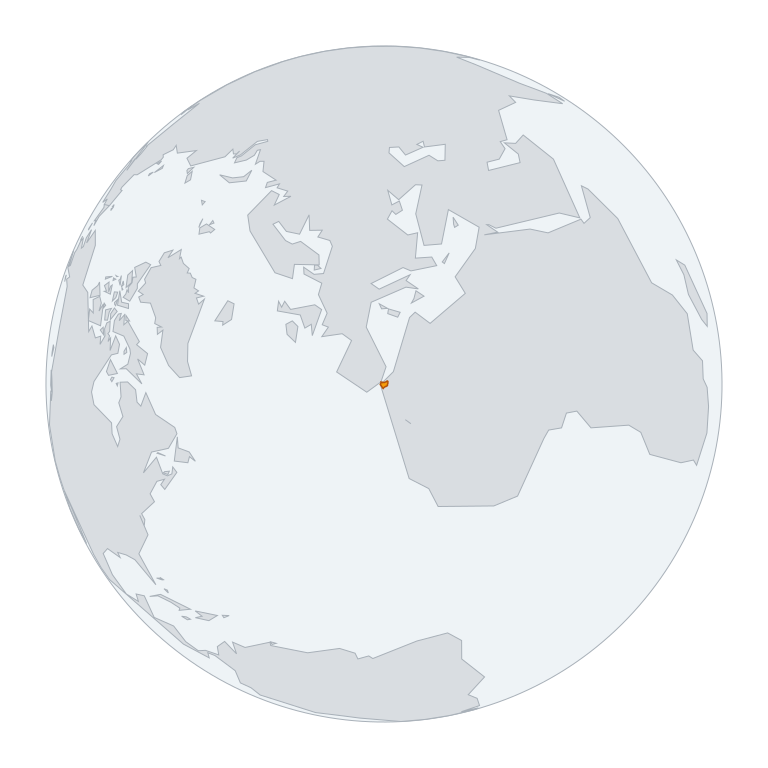 the Earth from above Tanger - Tétouan, rotated 305°
{"feature_id": "MAR-1445", "entity_name": "Tanger - Tétouan", "entity_type": "Region", "adm_level": 1, "iso_a3": "MAR", "parent_name": "Morocco", "parent_adm1": "", "projection": "orthographic", "projection_center": [-5.386, 35.321], "detail": "fine", "context": "on_globe", "style": "filled", "palette": "amber", "viewbox_px": 768, "rotation_deg": 305, "n_neighbors": 0, "source": "natural_earth", "source_scale": "10m", "svg_char_len": 10783}
<svg xmlns="http://www.w3.org/2000/svg" viewBox="0 0 768 768"><g transform="rotate(305 384 384)"><circle cx="384" cy="384" r="338" fill="#eef3f6" stroke="#a8b0b8"/><path d="M117.2,591.4L96.3,555.5L89.2,541.9L75.6,516.4L58.2,460.9L58.9,449.3L56.8,437.8L63.8,426.6L64.6,401.3L62.8,393.8L59.4,397.9L55.9,368.9L58.3,346.7L66.4,271.3L71.3,257.7L77.8,244.0L113.1,183.6L82.7,231.9L90.2,217.3L102.3,197.5L103.0,196.9L121.2,172.5L132.4,158.8L158.7,133.4L187.5,114.8L179.4,121.2L187.3,116.8L198.0,108.8L203.1,104.8L244.7,85.4L282.2,68.5L287.9,63.9L291.4,65.1L298.3,58.0L314.8,53.4L299.9,58.5L301.2,59.1L314.2,55.3L318.3,55.2L327.0,53.6L330.8,54.2L321.8,58.2L324.1,58.9L333.1,56.3L342.7,55.9L329.0,59.5L344.2,59.4L332.0,68.0L292.3,80.5L289.1,88.8L257.6,112.0L264.0,111.5L256.2,121.1L260.7,124.5L253.6,128.7L263.3,127.9L268.9,123.5L275.1,121.9L278.3,123.7L269.7,129.1L266.9,128.9L266.1,131.5L260.5,133.6L265.0,133.6L254.3,140.4L269.5,136.6L264.8,144.6L256.5,148.4L251.5,144.0L219.7,145.0L209.7,149.0L200.7,158.3L195.9,183.1L187.3,189.8L180.0,201.7L187.3,199.4L195.7,189.4L207.6,188.8L216.5,177.5L222.6,176.0L234.1,166.8L238.6,172.8L236.8,183.8L227.5,192.1L226.4,197.5L240.3,193.9L228.0,214.4L228.4,237.5L224.5,242.9L207.7,244.3L194.9,232.6L173.2,237.9L193.5,239.6L183.5,254.3L184.5,259.2L188.7,261.8L194.9,258.5L192.8,265.0L171.9,264.9L173.5,258.9L180.1,258.8L174.0,253.8L159.9,255.4L155.9,263.5L138.8,259.8L135.7,265.9L130.2,269.0L136.3,259.3L125.1,277.2L104.3,280.6L88.7,312.3L97.2,280.7L96.1,270.8L93.3,262.5L90.5,267.4L90.6,251.9L84.1,251.2L72.0,270.9L64.2,293.4L65.0,307.6L69.8,301.4L73.0,309.1L61.0,329.6L65.1,350.5L59.2,369.4L59.0,384.9L63.4,390.5L67.3,404.0L73.3,398.1L81.7,401.1L78.4,418.0L85.7,408.0L88.5,421.3L107.1,438.7L104.8,441.2L120.0,475.6L141.9,499.3L146.9,514.7L143.8,520.3L152.5,527.5L152.7,532.3L192.4,558.4L216.6,578.9L218.4,594.7L203.3,605.4L201.7,634.4L177.8,631.2L179.9,640.6L175.4,646.7L159.9,635.3L172.8,647.0L171.1,646.4L167.4,643.4L149.5,627.3L132.7,609.9L117.2,591.4ZM83.5,321.6L88.5,354.7L81.1,346.0L83.3,345.3L83.0,334.6L80.8,320.3L75.6,313.9L83.5,321.6ZM95.9,313.4L94.6,309.0L96.5,312.0L95.9,313.4ZM204.7,103.2L197.7,108.8L186.6,116.5L191.9,111.6L204.7,103.2ZM226.6,90.6L224.5,92.7L215.9,96.1L219.8,93.8L226.6,90.6ZM291.2,61.2L284.7,63.7L289.6,61.4L291.2,61.2ZM327.5,53.4L328.0,52.9L332.3,52.4L327.5,53.4ZM230.9,164.3L232.4,165.5L229.5,166.6L230.9,164.3ZM234.3,159.3L229.8,159.7L230.8,157.4L233.6,157.2L234.3,159.3ZM342.1,53.0L348.8,52.8L340.4,53.6L342.1,53.0ZM239.7,159.6L233.1,153.4L235.0,149.5L247.1,145.9L239.7,159.6ZM351.6,53.1L368.0,53.3L370.6,51.9L372.6,56.8L358.0,54.5L347.3,55.5L352.7,54.1L351.6,53.1ZM269.4,121.4L263.5,126.1L265.5,120.6L269.4,121.4ZM269.1,118.4L266.4,105.4L276.6,99.9L275.4,105.1L286.4,97.3L292.7,100.9L288.2,106.0L280.3,108.7L288.7,108.2L269.1,118.4ZM371.1,60.0L373.7,60.9L369.3,60.7L371.1,60.0ZM277.7,120.9L276.2,118.5L285.0,113.4L289.6,117.4L285.3,117.7L277.7,120.9ZM286.1,93.7L293.4,91.1L300.6,93.1L304.4,92.5L293.8,100.5L286.1,93.7ZM284.9,119.8L291.6,119.6L290.4,123.8L279.7,122.9L284.9,119.8ZM285.4,110.6L289.7,108.5L288.8,110.9L285.4,110.6ZM289.7,139.5L287.8,136.2L292.2,133.2L289.7,139.5ZM294.2,119.3L294.6,117.9L296.2,116.5L300.2,117.3L294.2,119.3ZM299.5,101.7L301.0,103.3L304.3,98.5L309.8,100.3L301.6,105.5L307.5,104.0L309.2,104.6L300.6,108.3L299.5,101.7ZM308.9,114.1L300.5,122.2L303.2,128.7L299.3,131.4L295.7,120.5L308.9,114.1ZM304.8,110.3L306.5,113.2L300.9,114.8L296.2,113.9L304.8,110.3ZM316.4,99.8L310.1,95.6L312.1,94.7L316.4,99.8ZM310.8,115.6L312.8,113.7L311.7,115.9L310.8,115.6ZM316.0,104.2L313.4,102.7L315.8,101.6L316.0,104.2ZM318.9,111.3L316.2,113.8L312.9,113.1L318.9,111.3ZM318.4,107.8L322.2,106.7L313.4,111.3L316.9,107.2L318.4,107.8ZM318.6,103.4L319.1,102.3L319.3,104.2L318.6,103.4ZM332.7,113.0L322.3,119.1L315.2,117.3L326.3,111.6L332.7,113.0ZM446.9,52.0L443.4,52.0L411.4,50.7L425.6,50.9L426.2,51.9L433.6,52.9L443.3,53.6L442.1,52.9L477.2,62.7L508.1,71.8L496.6,66.4L497.4,66.0L510.7,70.7L538.7,83.6L565.4,98.9L590.6,116.6L587.8,114.4L602.5,126.3L604.3,127.8L621.9,144.0L638.3,161.5L653.4,180.1L667.2,199.7L679.6,220.2L690.4,241.6L699.8,263.7L704.2,276.6L700.4,266.5L693.4,256.0L698.1,275.5L708.1,322.5L715.3,350.4L716.1,369.6L702.8,344.1L691.9,321.4L690.2,330.3L673.9,320.9L654.7,344.7L649.2,340.2L646.2,348.2L634.3,349.4L624.8,341.2L618.9,347.2L643.4,368.5L649.4,362.1L650.6,344.3L656.6,353.8L667.8,355.2L665.4,393.8L632.4,449.1L624.6,429.5L575.8,386.3L574.7,378.6L574.3,377.9L573.4,376.7L573.6,390.0L563.7,380.6L594.7,414.8L601.9,431.7L632.0,450.8L630.3,455.7L638.6,457.5L659.6,432.0L660.7,439.3L653.6,480.6L620.4,545.2L622.3,569.2L615.5,592.1L589.1,617.8L585.7,631.6L571.3,642.5L566.6,650.6L551.7,662.8L529.1,676.6L496.7,686.7L499.2,681.1L489.8,672.4L478.8,642.1L491.7,622.1L490.7,608.1L466.8,578.7L472.4,557.5L464.8,550.1L449.9,554.6L440.7,545.3L431.2,546.2L368.8,557.7L347.1,543.9L314.7,498.6L324.0,480.7L321.0,458.8L381.4,381.4L399.5,384.6L453.1,366.8L460.7,368.3L460.1,387.0L504.9,398.6L512.6,380.8L547.4,381.1L567.0,372.0L563.8,336.7L531.7,350.8L520.5,337.3L541.6,312.4L568.8,301.0L565.3,295.5L543.4,290.3L544.8,276.0L535.2,287.7L542.7,291.6L536.9,299.4L529.7,296.4L530.5,291.2L521.0,292.2L519.7,318.0L527.2,324.8L505.1,337.5L515.4,350.3L511.2,359.3L492.1,341.2L490.3,332.8L458.9,315.8L458.9,325.6L488.5,342.7L481.4,342.8L481.6,357.6L475.9,346.4L443.6,326.6L420.4,336.8L399.3,375.8L384.0,380.3L367.4,374.6L366.7,338.3L401.0,332.5L401.2,320.9L387.1,305.9L398.7,305.8L397.1,299.4L409.4,296.8L419.6,279.0L430.9,275.2L428.2,255.4L433.6,251.2L433.7,263.8L439.8,271.1L467.2,262.7L470.5,257.3L466.5,245.5L474.6,245.2L467.2,235.0L479.6,225.6L458.3,228.9L453.0,216.5L456.8,204.5L451.2,201.4L445.0,221.1L446.0,228.6L453.0,233.9L452.4,256.7L444.4,262.6L430.6,242.0L417.8,248.6L412.6,230.9L432.5,186.5L444.2,175.5L477.9,181.0L479.1,189.5L467.6,191.5L484.4,200.1L480.1,194.3L486.8,194.5L483.4,183.9L488.0,183.6L476.9,174.3L482.2,172.8L489.1,178.7L488.6,163.0L497.6,158.0L495.3,154.7L490.3,152.6L505.1,148.4L502.8,146.2L497.0,146.6L488.5,142.8L479.4,134.7L485.0,133.7L489.1,136.4L506.1,141.3L516.1,149.6L517.4,148.4L510.1,141.1L489.4,135.0L482.2,130.5L492.0,132.1L487.9,131.2L486.1,128.7L489.7,125.5L478.9,123.4L451.8,100.6L455.9,93.1L467.6,96.4L454.6,82.3L460.3,76.9L455.0,77.0L445.1,71.6L443.2,73.1L439.9,72.9L413.8,61.8L412.1,59.2L394.8,56.4L392.0,56.8L392.3,58.4L372.6,56.8L370.6,51.9L376.9,51.2L371.4,49.4L386.6,48.6L396.7,47.7L416.6,49.3L422.8,49.2L419.8,48.6L426.1,48.7L432.2,49.5L446.9,52.0ZM367.0,421.9L366.9,428.7L366.9,428.8L367.0,421.9ZM602.2,305.6L615.5,296.7L601.4,281.2L605.3,276.8L599.1,273.5L600.3,280.2L583.9,270.3L586.7,260.2L580.9,252.8L576.2,255.5L573.7,275.9L597.2,289.7L597.7,300.1L602.2,305.6ZM107.8,439.0L109.7,444.4L106.4,441.7L107.8,439.0ZM77.7,351.4L79.9,355.8L80.3,360.4L78.1,358.2L77.7,351.4ZM101.8,384.2L105.5,390.0L100.7,386.9L101.8,384.2ZM89.8,359.5L98.8,380.3L89.7,376.3L84.4,363.5L89.4,368.2L89.8,359.5ZM90.1,321.2L90.9,324.9L89.1,327.2L90.1,321.2ZM97.2,315.7L96.5,315.0L97.1,311.3L97.2,315.7ZM184.7,254.2L186.3,254.5L189.5,258.2L185.9,258.8L184.7,254.2ZM216.6,263.4L212.5,273.8L212.9,266.3L207.0,268.5L200.6,256.4L222.2,245.0L213.6,252.0L216.6,263.4ZM198.1,238.1L199.7,246.3L197.1,237.8L198.1,238.1ZM376.6,269.4L383.1,272.7L381.7,280.5L367.3,287.6L369.1,276.1L376.6,269.4ZM392.5,275.8L382.7,254.7L391.3,250.2L388.2,256.1L394.8,255.2L391.5,264.7L409.2,281.9L409.2,290.2L382.5,297.5L391.2,290.2L384.4,287.1L392.5,275.8ZM342.8,216.3L338.7,209.2L362.6,208.3L363.7,215.2L349.4,222.1L339.7,218.1L342.8,216.3ZM262.3,155.2L259.2,154.0L261.6,152.3L266.1,152.0L262.3,155.2ZM288.5,138.2L278.4,159.3L274.3,158.8L273.3,172.9L262.2,177.2L263.2,167.8L253.9,182.2L250.3,175.4L245.2,185.6L248.7,164.1L245.1,159.3L253.3,162.8L263.6,158.8L267.0,155.7L274.0,143.4L271.5,131.9L281.3,126.8L288.9,126.3L291.1,128.3L284.0,130.8L291.9,131.7L283.3,136.9L288.5,138.2ZM372.6,134.3L363.5,134.6L377.9,140.8L369.4,144.6L371.6,145.1L367.7,150.5L366.8,158.2L362.1,159.1L363.7,161.8L361.2,165.8L361.9,169.9L353.7,173.2L353.9,178.7L349.9,177.2L352.5,185.9L346.9,181.0L343.1,186.3L350.5,188.2L304.7,200.1L289.7,210.2L280.3,221.7L272.0,212.9L275.6,197.0L285.8,180.0L301.3,172.0L294.7,169.9L300.3,165.7L303.1,169.1L302.0,161.5L307.3,159.0L316.3,146.3L311.4,137.7L314.6,133.2L319.2,135.4L319.1,129.5L330.0,130.8L332.5,127.8L345.7,126.5L353.1,133.2L355.3,129.4L365.5,128.8L372.6,134.3ZM336.5,112.9L347.2,119.0L347.9,124.4L324.6,124.5L320.8,127.1L306.0,128.2L305.4,120.6L309.7,120.9L313.7,119.5L312.3,122.4L316.5,119.0L322.5,119.5L327.4,117.1L329.6,119.7L336.5,112.9ZM466.0,360.0L471.2,359.5L478.7,356.7L478.9,366.4L466.0,360.0ZM443.8,346.7L448.1,344.6L452.0,356.1L446.6,356.9L443.8,346.7ZM447.0,334.1L448.0,343.6L444.2,338.9L447.0,334.1ZM437.3,261.5L441.5,258.9L443.2,261.4L442.5,266.1L437.3,261.5ZM413.5,156.7L408.2,155.3L408.6,153.6L400.6,146.5L406.2,143.6L413.3,146.8L413.5,156.7ZM560.3,344.9L556.7,353.7L552.8,352.0L554.9,349.3L560.3,344.9ZM517.4,361.7L528.8,362.2L517.3,364.4L517.4,361.7ZM418.3,152.4L414.4,149.7L419.7,150.0L418.3,152.4ZM410.0,141.3L415.6,140.8L406.0,142.5L410.0,141.3ZM653.9,562.2L627.0,608.2L616.6,615.7L619.1,607.2L632.0,582.0L645.5,567.0L653.3,552.3L653.9,562.2ZM716.0,351.9L719.3,363.0L719.2,369.8L716.0,351.9ZM461.1,129.4L466.0,141.8L473.3,150.1L483.3,153.1L471.3,154.7L460.1,141.9L461.1,129.4ZM452.4,103.9L443.6,102.2L445.8,100.1L448.2,100.2L452.4,103.9ZM448.2,104.9L440.3,108.4L434.4,105.7L441.8,103.3L448.2,104.9ZM429.8,129.1L430.8,132.9L426.5,132.4L429.8,129.1ZM502.0,67.4L493.8,64.9L488.2,63.3L492.9,64.1L502.0,67.4ZM376.2,60.0L373.9,60.8L373.6,59.7L376.2,60.0ZM439.1,73.9L434.6,73.4L434.3,71.7L439.1,73.9ZM421.8,71.3L425.3,73.5L419.2,71.6L421.8,71.3ZM433.5,78.7L425.5,74.6L436.5,78.0L433.5,78.7Z" fill="#d9dde1" stroke="#a8b0b8" stroke-width="1"/><path d="M383.9,380.4L384.0,380.6L384.1,380.8L384.2,381.0L384.3,381.4L384.3,381.7L384.3,381.8L384.5,381.8L384.5,382.0L384.6,382.3L384.8,382.5L385.0,382.7L385.1,382.8L385.5,383.4L385.6,383.5L385.8,383.5L386.1,383.7L386.2,383.9L386.3,384.0L386.5,384.1L386.8,384.3L387.0,384.5L387.7,384.7L388.3,384.8L388.3,385.1L388.4,385.3L388.4,385.6L388.3,385.8L388.1,385.9L387.9,386.1L387.7,386.2L387.4,386.3L387.1,386.5L386.9,386.7L386.7,386.8L386.4,386.9L386.2,387.0L385.6,387.1L385.2,387.3L384.9,387.6L384.7,387.5L384.4,387.5L384.2,387.6L383.8,387.4L383.7,387.3L383.5,387.1L383.4,387.0L383.3,386.9L383.0,387.0L382.9,386.9L382.5,386.6L382.2,386.4L381.9,386.2L381.4,386.1L381.2,386.1L380.9,386.0L380.7,385.9L380.4,385.8L380.1,385.9L379.9,385.9L380.0,385.1L380.9,382.9L381.0,382.8L381.0,382.7L381.1,382.4L381.2,382.0L381.2,381.9L381.3,381.8L381.3,381.5L381.4,381.4L381.5,381.2L382.1,381.2L382.3,381.1L382.5,381.0L382.8,381.0L383.0,381.0L383.3,380.9L383.5,380.6L383.8,380.5L383.9,380.4L383.9,380.4Z" fill="#f59e0b" stroke="#b45309" stroke-width="1.5"/></g></svg>